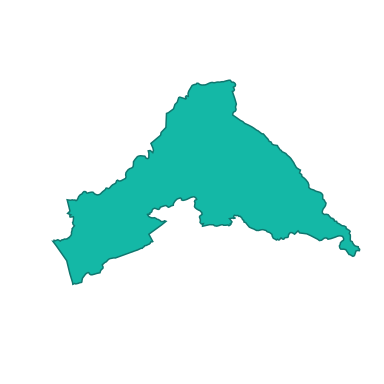 Tonayán, Veracruz, Mexico, rotated 75°
{"feature_id": "50627088B6451508023374", "entity_name": "Tonayán", "entity_type": "district", "adm_level": 2, "iso_a3": "MEX", "parent_name": "Mexico", "parent_adm1": "Veracruz", "projection": "natural_earth1", "projection_center": [-96.914, 19.72], "detail": "fine", "context": "isolated", "style": "filled", "palette": "teal", "viewbox_px": 384, "rotation_deg": 75, "n_neighbors": 0, "source": "geoboundaries", "source_scale": "gbopen_adm2", "svg_char_len": 6009}
<svg xmlns="http://www.w3.org/2000/svg" viewBox="0 0 384 384"><g transform="rotate(75 192 192)"><path d="M203.7,339.1L208.6,337.1L225.9,330.8L239.5,331.1L248.6,330.8L250.3,331.0L250.0,329.0L250.7,328.1L250.8,325.8L250.6,324.0L250.7,322.0L249.9,321.5L249.1,321.2L246.9,320.1L243.8,316.1L243.2,314.8L242.9,313.2L243.2,312.6L244.6,312.2L245.7,311.3L246.1,309.9L246.1,307.1L246.0,305.1L246.2,301.8L244.3,300.6L243.5,299.5L242.7,297.9L241.5,297.3L240.4,297.5L239.1,297.5L237.5,294.4L237.2,292.8L235.8,290.7L235.1,288.9L235.4,284.5L235.9,283.1L234.1,262.8L233.9,259.5L233.2,255.8L233.5,254.7L232.8,253.6L232.4,252.4L231.7,251.8L231.8,250.2L231.6,248.9L231.4,248.3L231.3,247.0L230.8,245.8L229.5,244.7L229.8,243.5L229.7,242.7L221.6,244.6L216.0,230.1L213.6,224.7L212.7,225.9L213.0,227.0L212.9,228.3L212.6,229.4L211.0,230.5L209.7,231.8L209.2,232.9L208.2,233.6L207.1,234.9L207.0,236.0L206.5,237.7L205.4,239.2L204.6,240.0L203.7,240.4L202.1,240.8L202.1,239.7L202.5,239.2L202.3,238.3L201.4,238.3L201.2,237.0L200.6,235.9L199.2,235.2L198.2,233.9L198.0,232.3L198.7,231.1L199.8,229.7L200.2,228.6L199.8,227.7L198.5,226.5L198.3,224.2L198.2,221.8L198.4,220.5L200.6,218.8L200.6,217.5L200.1,216.0L200.0,214.9L200.0,213.5L198.5,213.0L197.1,211.6L196.0,210.2L194.9,208.0L194.7,204.9L195.6,203.9L196.9,204.2L197.8,202.9L197.9,200.9L197.8,198.9L196.9,194.4L197.0,191.8L197.3,190.9L199.3,189.5L200.4,189.4L200.8,191.3L201.9,192.1L203.2,191.8L206.8,193.4L208.0,193.0L209.6,191.9L211.1,190.4L212.2,189.0L213.3,188.6L214.2,187.9L216.2,188.1L217.4,190.9L218.4,191.3L219.8,191.1L221.5,191.2L223.5,192.1L225.3,191.2L225.5,189.3L226.7,190.4L227.8,190.7L228.1,183.4L229.2,179.8L230.4,179.0L231.4,176.9L231.4,174.3L231.2,172.5L231.6,170.7L232.3,170.1L232.8,168.3L233.1,165.9L234.1,165.1L233.9,164.0L233.2,162.8L232.5,163.1L232.2,162.0L231.2,161.1L227.4,162.7L227.7,159.2L228.2,159.0L228.5,156.7L227.4,158.4L226.0,157.8L225.4,157.1L226.2,155.6L226.4,154.3L226.8,153.4L227.7,153.0L227.9,151.8L230.2,150.5L231.8,150.3L232.7,149.4L234.6,149.5L235.0,148.7L235.6,148.0L237.1,147.4L240.8,145.7L242.6,143.5L243.9,141.7L245.8,139.7L246.4,137.7L246.4,134.9L246.7,133.2L248.4,130.4L249.8,129.7L251.2,127.5L253.5,125.8L255.6,125.9L257.8,125.4L258.7,124.3L260.2,122.9L259.7,121.8L260.4,121.2L260.8,120.6L260.8,119.9L260.0,118.8L259.4,118.0L259.5,117.6L260.3,117.3L261.1,116.4L261.3,115.8L261.2,115.3L260.8,115.0L260.5,114.5L260.3,113.9L260.3,113.1L260.5,112.4L260.6,111.7L260.6,111.1L259.7,110.4L258.7,110.0L257.9,109.6L257.6,108.8L257.0,108.3L256.7,107.4L257.2,105.8L259.3,103.8L257.0,99.6L259.4,98.6L262.1,92.0L264.9,88.6L270.3,82.7L271.9,81.5L272.1,79.3L271.4,77.7L270.8,76.1L271.0,74.5L271.8,73.4L272.8,72.9L273.0,69.9L272.7,65.4L272.4,63.1L272.4,61.3L273.0,59.4L273.9,58.1L275.2,57.7L276.5,57.6L277.8,58.2L278.3,59.9L279.4,61.7L281.1,62.5L282.2,63.6L284.2,63.7L285.7,63.1L286.5,60.2L287.5,58.4L293.0,56.5L293.5,55.4L294.9,54.2L295.8,53.2L295.5,51.6L293.5,50.2L291.5,48.9L291.3,47.5L292.0,45.5L290.7,44.9L289.2,45.7L287.9,45.6L286.5,48.2L285.1,49.2L283.2,49.9L281.4,50.1L280.3,51.5L278.8,51.4L275.8,50.5L274.3,50.2L273.0,50.9L271.9,50.3L271.1,49.5L270.0,49.8L269.1,50.8L268.3,51.3L267.4,52.5L265.6,52.3L264.2,53.8L263.3,55.9L262.2,56.8L260.7,58.2L259.4,59.8L257.8,59.9L257.0,61.9L255.3,61.9L255.1,62.6L254.1,62.7L253.2,64.4L251.1,65.5L249.2,66.3L248.3,68.0L247.9,70.1L246.1,71.5L244.3,71.1L242.4,69.8L240.6,67.5L239.4,66.4L237.4,65.4L235.7,66.1L234.1,66.3L232.5,67.5L228.7,66.5L226.8,67.2L225.5,68.4L223.1,72.4L221.6,73.8L219.8,76.7L217.9,78.0L215.4,77.3L212.8,77.5L209.5,78.9L207.5,80.1L205.5,81.8L203.5,81.6L201.4,83.2L198.9,81.6L197.8,82.8L195.5,84.8L191.9,85.8L190.1,86.1L185.0,87.9L183.1,89.0L181.3,90.3L179.1,91.4L177.3,93.4L176.4,94.6L175.0,95.0L173.9,96.1L172.5,96.5L170.8,97.2L169.2,97.5L167.8,100.7L166.6,102.2L164.2,102.7L163.1,104.3L160.4,105.0L157.9,106.4L154.4,108.0L153.8,109.5L149.8,112.5L149.1,113.5L146.8,115.3L144.7,117.2L142.0,120.1L139.3,123.4L137.1,124.7L135.5,126.6L128.2,132.7L126.8,132.3L125.6,131.2L125.2,129.4L124.5,128.6L123.4,128.0L122.0,128.1L121.0,127.9L118.6,126.4L113.0,126.5L105.3,127.0L105.3,126.0L105.0,125.3L104.3,124.6L102.8,124.7L101.8,125.0L101.3,124.8L101.3,123.9L100.9,122.9L99.8,122.2L98.4,122.3L97.4,122.9L96.6,123.7L96.3,124.8L95.9,125.3L94.0,126.1L93.6,127.3L93.5,130.5L93.6,133.2L93.2,134.5L93.0,137.1L92.5,138.4L92.3,139.7L92.3,141.8L92.0,142.9L91.4,144.0L91.2,145.3L91.3,147.0L91.9,150.5L91.9,151.8L91.2,154.9L90.2,156.6L88.6,157.9L88.2,159.1L89.0,160.3L88.8,161.7L88.9,163.1L89.2,164.4L93.5,168.8L94.7,169.7L96.0,170.4L97.7,170.6L98.7,170.8L97.6,172.6L98.5,173.7L100.1,173.3L100.5,174.0L97.2,179.2L97.4,180.4L101.5,183.1L103.0,185.8L106.9,188.3L109.3,194.3L109.5,196.3L122.9,200.5L126.5,206.4L129.1,207.7L134.4,219.1L139.2,218.4L141.7,218.4L143.8,219.7L141.1,221.6L140.9,223.6L143.7,223.7L147.5,224.8L148.0,225.3L148.3,226.1L147.6,227.5L145.2,228.3L143.7,232.2L143.5,233.9L143.7,235.6L145.8,238.6L147.6,240.7L150.0,241.4L152.3,242.3L153.2,244.0L153.3,246.1L154.0,248.0L156.1,250.7L158.3,251.7L160.4,251.8L161.7,252.8L162.8,257.9L162.5,259.7L161.3,260.8L161.6,261.9L163.5,263.2L164.0,264.4L164.5,266.8L165.3,268.4L166.9,270.7L167.1,271.6L166.8,272.4L166.1,273.3L166.1,274.2L166.9,274.7L167.6,275.9L168.6,278.3L170.2,281.1L170.5,282.5L170.3,284.2L169.5,285.5L168.5,286.6L166.6,287.7L166.2,288.8L166.0,290.5L166.0,291.6L166.0,293.5L165.7,294.0L164.6,294.3L163.9,295.1L163.6,296.2L164.2,297.4L165.5,299.1L165.7,300.6L166.5,301.7L167.0,302.6L169.0,304.1L170.3,305.6L170.3,306.4L169.4,307.1L169.3,308.2L168.6,309.7L168.5,311.5L167.7,313.5L167.2,314.6L178.5,314.8L179.4,315.3L179.5,316.0L180.5,317.7L182.7,314.9L183.4,316.3L184.7,316.2L185.2,313.0L186.4,313.1L190.0,314.5L190.4,315.2L192.6,315.2L194.2,314.3L196.5,317.4L197.7,317.6L199.8,318.9L201.0,319.1L202.5,320.0L204.3,322.6L204.1,322.9L204.5,323.8L204.9,324.5L204.8,326.4L204.4,327.4L204.7,328.7L204.6,330.3L205.3,332.0L204.5,332.7L203.4,333.9L203.7,336.8L202.9,337.7L204.0,338.4L203.7,339.1Z" fill="#14b8a6" stroke="#0f766e" stroke-width="1.5"/></g></svg>